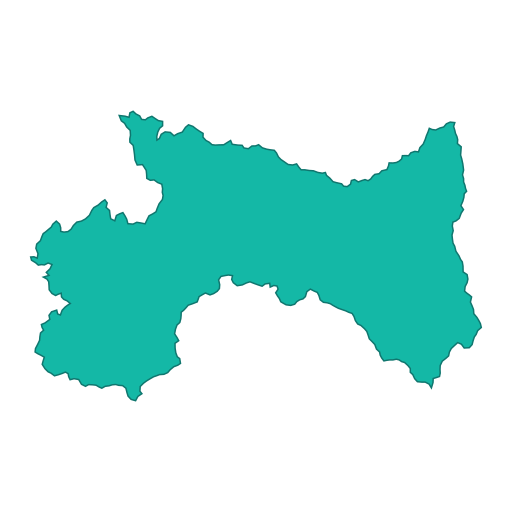 the district of Barbacena, Minas Gerais, Brazil
{"feature_id": "56859067B90991980012339", "entity_name": "Barbacena", "entity_type": "district", "adm_level": 2, "iso_a3": "BRA", "parent_name": "Brazil", "parent_adm1": "Minas Gerais", "projection": "mercator", "projection_center": [-43.815, -21.253], "detail": "fine", "context": "isolated", "style": "filled", "palette": "teal", "viewbox_px": 512, "rotation_deg": 0, "n_neighbors": 0, "source": "geoboundaries", "source_scale": "gbopen_adm2", "svg_char_len": 5655}
<svg xmlns="http://www.w3.org/2000/svg" viewBox="0 0 512 512"><path d="M230.6,140.5L227.0,142.7L223.7,144.8L218.9,144.9L215.3,145.1L212.0,144.7L209.2,142.2L206.0,140.5L203.0,137.2L203.1,133.4L199.8,131.4L196.5,129.2L192.9,126.4L188.5,124.8L185.5,127.3L182.3,132.1L177.6,133.7L174.0,135.8L170.3,132.4L165.1,131.9L161.2,134.3L159.4,138.5L156.9,140.1L156.8,136.3L157.8,132.0L159.6,128.3L162.6,125.8L162.6,121.4L158.3,120.6L155.4,118.7L151.9,116.3L147.8,117.9L145.4,119.8L141.6,119.4L139.7,115.9L136.0,114.0L133.1,111.3L129.9,112.8L129.0,117.3L125.1,116.2L119.2,115.5L121.3,120.8L124.6,123.3L126.7,127.0L130.2,130.4L130.5,135.3L129.8,139.0L129.9,142.2L133.2,145.4L133.9,149.9L134.5,154.6L135.0,160.0L137.2,165.0L142.5,164.6L144.4,167.5L146.2,170.4L146.6,174.1L146.8,178.4L150.3,180.3L154.1,179.9L157.6,182.5L161.8,184.2L162.6,188.7L162.3,192.3L163.1,195.5L162.4,199.5L159.1,203.8L157.2,208.4L156.0,211.8L152.5,214.0L149.0,215.8L147.3,219.2L145.1,223.8L140.4,222.9L136.8,222.3L133.1,224.1L127.9,223.7L126.7,219.2L125.1,216.1L122.9,212.6L119.7,213.8L116.4,215.5L114.8,220.8L110.7,218.8L110.0,214.7L109.5,210.4L106.1,207.4L107.2,202.9L104.9,199.8L101.6,202.0L98.3,205.0L93.8,207.6L91.8,210.4L89.4,215.3L85.5,218.9L81.4,221.1L76.8,222.1L73.4,225.5L71.1,229.2L68.0,231.6L64.0,232.1L60.7,231.4L60.7,227.8L59.6,224.1L56.3,221.1L52.8,224.2L51.3,227.1L48.4,229.5L45.6,231.9L43.2,233.6L41.9,236.6L40.4,240.7L36.7,244.1L35.9,248.3L38.0,253.7L37.2,258.1L34.0,256.8L30.7,257.0L31.5,260.2L35.6,262.7L38.3,265.1L41.4,264.6L44.4,264.9L48.1,263.0L52.0,264.5L50.0,268.8L46.3,272.4L49.0,275.4L43.4,277.1L47.0,279.1L48.7,281.7L49.0,285.6L49.2,289.8L52.0,293.5L55.6,295.5L58.2,294.2L61.2,293.2L61.5,296.9L63.7,299.3L67.0,300.8L70.3,303.5L67.6,305.2L65.0,307.2L62.1,310.3L60.4,315.0L57.7,314.0L56.7,310.1L51.6,311.8L49.0,315.3L49.8,319.4L45.1,322.9L41.4,324.5L42.1,327.5L43.6,330.2L40.5,333.0L39.9,336.8L39.6,340.3L37.7,344.3L35.5,348.5L35.1,352.0L37.8,353.7L40.7,355.1L44.3,357.2L43.2,360.7L42.2,364.3L45.0,368.7L48.1,371.8L50.9,373.1L54.5,375.8L58.5,374.7L62.3,373.4L65.4,372.1L68.1,373.6L68.7,376.7L70.1,379.7L74.0,378.7L78.7,379.5L81.5,384.3L85.5,386.3L88.6,384.6L92.6,384.8L96.1,385.2L99.1,387.0L101.8,388.2L105.2,386.3L109.1,385.8L112.2,384.8L115.8,384.5L118.6,385.3L122.6,385.6L125.9,388.2L127.0,392.7L128.1,396.2L131.1,399.4L135.6,400.7L137.9,396.4L141.9,393.7L139.9,391.2L140.2,386.5L143.5,383.2L146.6,380.9L150.2,378.7L153.7,376.7L156.7,375.7L159.5,374.6L163.9,374.3L167.7,372.6L170.2,369.7L173.8,366.7L177.8,365.2L180.5,363.4L179.7,358.6L177.3,356.8L175.8,352.8L175.1,348.1L175.0,343.3L178.7,340.7L177.1,337.7L174.6,333.8L175.5,329.1L177.0,325.0L179.8,322.5L180.8,318.7L181.1,315.5L181.2,312.2L183.6,310.3L185.7,308.1L188.2,305.2L192.6,303.7L197.2,301.9L199.1,296.6L202.5,294.6L205.4,293.0L210.0,294.9L213.6,293.6L217.2,291.3L219.4,288.6L219.7,284.7L218.6,279.8L221.0,276.4L224.9,275.6L228.4,275.0L232.5,275.6L231.7,279.5L233.3,282.7L237.2,285.7L242.3,284.9L246.5,282.9L250.0,281.8L253.5,283.2L257.6,284.7L262.1,286.2L265.2,283.9L269.7,283.3L270.2,287.1L273.8,285.5L277.0,286.0L278.1,289.1L275.7,292.8L277.5,295.9L279.4,298.6L280.8,301.8L283.4,303.3L286.1,304.8L290.7,305.4L294.7,304.2L296.8,301.6L299.7,299.8L303.0,298.9L305.4,296.6L306.8,291.7L310.3,289.1L314.2,291.1L317.3,292.4L318.9,295.5L320.2,299.8L323.4,302.3L327.2,302.8L330.3,303.7L333.0,305.4L335.7,306.9L338.4,308.3L342.1,309.6L345.6,310.8L348.8,312.3L352.1,313.4L354.0,316.5L355.4,320.6L357.7,324.0L361.0,325.5L364.5,328.7L366.8,331.4L368.0,334.7L369.3,338.8L372.1,341.6L374.8,344.5L376.5,349.1L379.6,352.0L380.2,355.1L381.7,358.0L383.9,360.9L386.7,360.3L389.6,359.9L393.0,359.9L396.3,359.2L399.2,359.9L401.6,361.6L404.6,362.5L407.9,365.5L410.3,368.5L410.3,372.3L412.8,374.6L414.7,378.7L417.4,381.7L421.7,382.1L425.2,382.1L429.1,384.1L431.4,387.9L433.0,382.6L433.2,378.5L436.5,377.5L439.5,376.5L440.2,373.1L440.0,369.5L440.2,365.5L442.3,361.1L445.8,358.4L448.6,355.9L449.4,352.0L451.3,348.5L454.5,345.5L457.7,342.6L461.4,344.2L464.2,348.0L469.3,347.7L472.1,344.6L473.1,340.7L474.3,337.0L476.1,334.5L477.7,330.6L481.3,327.5L480.4,323.6L478.9,320.7L476.9,317.4L473.8,313.7L473.5,309.5L472.1,305.9L470.4,302.1L471.6,296.9L469.4,295.0L466.9,293.2L464.6,291.2L465.1,286.6L467.1,282.7L467.9,279.1L467.1,274.6L463.1,271.9L463.0,266.1L462.3,261.9L460.6,259.5L459.0,255.9L455.9,251.2L454.7,246.3L453.0,243.1L452.4,238.8L452.0,235.0L453.2,230.7L452.3,226.0L452.9,222.1L456.0,220.9L459.2,218.4L461.2,213.1L463.5,209.6L460.9,205.7L462.8,201.3L463.9,197.3L464.2,193.8L466.6,191.3L465.5,188.4L464.9,185.3L463.6,182.0L463.6,178.6L462.5,174.9L463.6,170.1L462.8,163.9L461.7,158.8L460.6,155.1L460.9,151.3L461.2,146.8L457.4,143.6L457.7,139.7L456.9,136.5L455.5,133.5L454.7,130.0L453.6,126.5L454.8,122.6L450.2,122.1L446.4,123.8L443.7,127.0L439.9,128.0L435.7,130.0L432.0,129.5L429.3,128.3L428.1,131.8L426.4,135.8L425.2,139.5L423.2,144.1L419.9,147.6L418.5,151.9L414.8,151.4L410.8,152.8L408.6,155.7L405.4,155.6L402.4,155.7L401.6,159.0L399.1,161.2L396.4,162.5L393.0,163.0L389.1,162.9L388.5,165.9L386.9,169.6L381.8,170.8L379.1,173.7L374.8,174.4L372.6,176.4L370.7,179.0L368.1,180.7L365.0,179.6L362.0,180.5L358.3,181.9L354.6,179.6L351.4,180.5L350.5,184.2L347.2,186.6L343.6,186.2L341.6,183.8L336.6,182.7L333.0,181.7L329.8,178.1L326.5,175.4L325.4,172.5L322.4,173.2L317.7,172.4L313.5,170.8L309.2,170.5L304.7,169.8L301.1,169.8L298.8,167.1L296.6,163.9L292.6,165.0L288.1,164.5L283.7,161.4L280.9,159.5L278.4,156.9L276.5,153.0L274.3,150.3L270.2,149.8L266.7,149.2L262.3,147.8L258.6,144.7L255.7,145.9L251.9,146.0L248.4,148.7L244.0,148.0L242.1,145.3L237.9,145.1L232.2,144.3L230.6,140.5Z" fill="#14b8a6" stroke="#0f766e" stroke-width="1.5"/></svg>